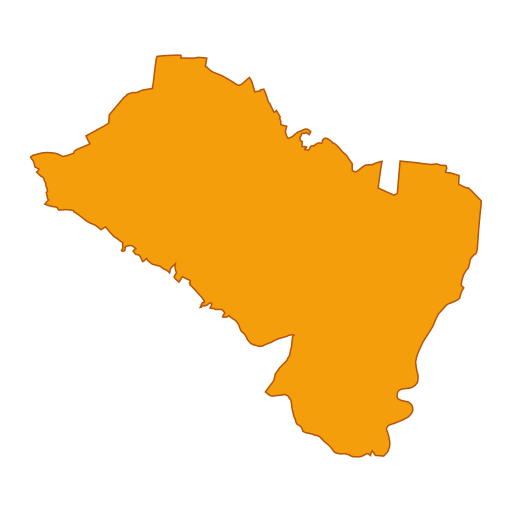 Glodeni, Mures, Romania
{"feature_id": "2599482B49122521196915", "entity_name": "Glodeni", "entity_type": "district", "adm_level": 2, "iso_a3": "ROU", "parent_name": "Romania", "parent_adm1": "Mures", "projection": "orthographic", "projection_center": [24.562, 46.667], "detail": "fine", "context": "isolated", "style": "filled", "palette": "amber", "viewbox_px": 512, "rotation_deg": 0, "n_neighbors": 0, "source": "geoboundaries", "source_scale": "gbopen_adm2", "svg_char_len": 6031}
<svg xmlns="http://www.w3.org/2000/svg" viewBox="0 0 512 512"><path d="M383.7,456.1L387.7,451.7L388.3,450.5L389.4,447.2L389.8,444.9L389.7,441.4L388.8,436.5L387.4,431.8L386.6,429.6L386.5,428.2L387.2,426.9L388.2,425.7L389.9,424.7L394.2,423.4L403.1,419.8L408.4,416.9L411.5,413.4L412.8,410.5L412.7,407.7L411.7,405.0L409.5,402.8L408.1,401.9L401.2,400.4L398.1,398.9L397.0,396.5L397.3,393.4L398.2,391.2L399.5,390.1L401.6,389.1L409.7,388.1L412.3,387.3L415.5,385.0L417.3,382.5L418.0,379.5L418.1,375.6L416.8,370.4L416.2,367.1L415.6,362.0L416.7,356.7L418.7,351.2L423.1,341.7L432.5,327.0L436.3,318.1L438.5,313.9L446.4,305.1L448.1,304.0L455.3,301.1L457.7,299.8L459.6,298.2L460.6,294.6L462.0,290.6L463.8,287.9L461.3,285.3L461.3,284.2L461.8,281.0L463.4,275.2L465.9,270.7L468.3,268.0L469.6,263.3L470.2,259.8L471.2,257.9L474.2,254.6L475.3,254.2L476.1,253.2L476.5,252.5L477.3,248.8L478.7,229.2L480.3,211.5L481.0,205.9L481.3,200.9L471.8,191.1L468.3,187.9L467.8,188.1L466.2,187.7L463.6,186.7L458.8,184.3L458.7,180.2L458.9,179.6L459.1,175.5L449.5,172.6L449.3,173.0L445.4,172.2L446.8,168.3L446.1,165.6L445.4,165.4L441.0,165.3L437.0,163.9L430.7,164.5L422.4,163.6L419.2,163.0L400.1,161.0L397.3,193.4L395.0,194.7L393.8,195.1L378.1,188.0L379.7,176.3L381.5,164.0L382.1,161.3L376.1,162.9L372.1,164.7L366.7,164.9L364.9,165.4L361.3,167.9L357.0,171.3L355.7,172.0L354.9,171.8L352.5,170.7L352.3,170.0L352.2,168.1L352.2,163.7L348.9,159.1L347.5,156.7L346.2,155.1L342.3,151.6L338.6,147.2L336.2,144.9L334.0,143.2L332.6,143.0L332.3,142.7L332.1,142.0L331.2,141.2L329.6,140.0L327.3,138.6L325.3,138.1L324.7,138.3L324.0,138.7L323.4,139.5L322.5,140.1L322.1,142.3L321.7,143.4L319.3,142.9L318.2,143.0L316.9,143.6L316.2,144.2L315.3,144.4L314.8,145.1L314.5,145.8L311.6,145.9L310.9,146.2L310.3,147.0L309.6,148.6L308.7,149.9L307.4,150.1L304.9,149.7L304.8,149.0L305.2,148.4L306.6,147.7L306.5,147.0L305.7,146.6L303.0,146.6L302.1,146.4L302.0,144.8L302.2,143.3L302.2,141.4L301.4,141.4L300.2,139.9L299.9,137.3L300.8,136.3L301.3,135.4L301.5,134.1L302.3,133.4L304.9,133.3L306.2,132.5L307.5,133.5L309.2,134.6L310.8,131.7L310.6,131.4L309.7,130.8L308.8,130.0L307.3,129.2L305.6,129.0L304.7,129.2L301.0,130.9L298.0,132.0L295.0,134.2L293.4,135.8L292.3,136.6L289.4,138.0L288.1,138.3L287.0,136.8L286.1,134.3L285.5,132.5L285.6,130.3L286.8,126.3L280.9,124.8L280.7,120.9L279.6,118.4L280.2,117.0L276.5,110.5L274.3,112.4L273.7,111.9L269.9,103.7L268.5,102.2L265.6,93.2L263.8,89.1L260.3,89.9L260.0,91.0L254.6,91.8L254.2,89.6L251.8,81.6L249.5,77.5L248.6,78.1L241.6,84.3L238.9,85.3L238.1,85.1L237.0,84.7L230.4,80.5L222.2,75.8L213.0,72.1L209.4,69.7L206.9,67.1L205.4,66.3L206.8,58.1L199.1,57.4L197.2,57.5L194.1,58.2L181.0,58.0L181.0,55.3L176.8,55.1L164.5,55.6L157.0,56.4L156.4,58.3L155.3,65.7L153.4,81.7L153.1,84.2L152.5,86.8L152.5,88.4L142.5,90.1L136.8,92.5L135.4,92.7L133.6,92.5L132.9,92.6L129.7,93.4L127.0,94.5L127.0,95.0L123.8,97.6L109.3,114.8L108.7,123.2L103.8,126.2L86.0,135.9L87.9,140.2L89.9,143.7L88.0,144.8L77.7,149.1L76.0,150.0L74.5,151.1L73.7,153.2L70.6,154.4L66.2,155.8L62.7,156.5L58.4,154.2L55.4,153.3L51.5,152.8L47.7,152.5L44.0,152.7L41.3,153.1L33.1,155.2L30.8,156.8L30.7,157.4L31.7,159.0L33.1,160.7L34.0,162.9L34.6,165.6L35.1,167.1L38.9,168.9L38.0,170.8L36.6,172.2L41.1,176.4L42.6,177.0L43.2,177.5L43.9,178.9L44.1,179.9L45.6,183.0L46.0,186.3L46.9,188.2L47.4,190.2L47.5,191.3L46.3,192.5L47.6,198.6L48.6,200.0L46.2,202.4L44.8,204.2L48.5,205.5L52.0,206.5L55.5,206.9L57.2,207.7L58.8,210.1L66.7,209.6L72.7,210.3L73.5,210.7L73.9,211.8L77.8,214.2L86.4,220.9L89.3,222.7L94.7,224.9L96.7,226.2L98.5,227.8L101.0,229.7L105.6,226.9L109.7,232.0L113.8,236.3L115.7,237.8L117.3,238.6L120.5,241.3L122.2,242.2L122.8,243.0L122.6,244.6L122.8,247.3L122.7,248.5L121.5,250.2L121.6,250.8L122.2,251.1L122.9,251.2L124.8,250.7L125.1,248.8L125.0,247.6L125.6,246.8L126.8,246.1L130.4,245.5L132.6,246.0L135.8,248.6L135.2,249.0L133.1,251.1L135.3,253.9L136.0,254.4L138.2,254.8L139.1,255.4L140.2,256.5L142.8,261.6L144.2,260.7L146.5,258.5L147.8,260.5L151.4,263.6L152.6,264.2L155.2,265.0L159.8,266.1L163.9,269.1L166.0,269.9L168.0,271.2L169.6,272.9L170.4,269.1L170.9,268.2L172.6,266.2L174.7,264.7L175.3,263.9L175.1,265.4L175.1,268.2L175.7,270.7L176.5,272.5L174.0,276.9L175.4,278.9L179.0,282.1L182.4,276.6L183.8,277.5L188.1,279.6L189.9,280.2L190.4,280.9L190.4,281.5L189.4,283.0L190.3,283.7L190.4,284.1L189.9,284.9L191.3,286.0L195.3,290.2L201.6,297.2L203.9,300.2L204.5,301.5L204.0,302.4L203.2,302.4L202.3,302.8L201.1,305.1L201.1,305.8L200.2,307.4L201.2,307.3L201.9,306.5L203.8,305.4L204.9,306.0L205.4,305.6L206.5,305.3L209.8,303.1L210.7,302.9L211.5,303.3L211.6,303.9L211.5,305.3L210.0,308.0L212.0,308.5L213.1,308.4L214.1,308.6L215.4,309.4L221.4,309.5L222.5,310.1L224.0,311.7L224.7,312.8L222.9,316.0L222.6,316.9L223.6,317.2L227.0,317.0L227.5,316.8L228.5,315.8L229.2,315.5L230.1,316.9L235.4,320.4L237.3,322.5L238.9,325.3L239.7,327.7L240.8,330.4L242.0,332.0L244.0,333.5L245.2,335.0L246.8,337.9L247.2,339.3L250.8,343.5L254.7,345.2L257.8,345.8L258.6,346.3L259.4,346.4L262.0,346.1L262.9,345.9L264.1,345.1L266.7,344.0L268.8,343.3L269.3,342.8L271.3,342.4L273.4,341.0L278.5,338.7L286.6,336.4L288.3,335.6L291.2,334.8L292.9,334.6L293.9,335.1L293.1,335.7L292.6,336.8L292.0,341.5L291.5,347.0L290.7,349.6L289.6,355.3L287.8,358.2L286.8,360.5L279.8,367.6L275.2,374.1L274.6,377.5L273.5,381.0L265.4,391.9L268.3,394.4L270.1,395.5L272.0,396.1L282.4,395.0L284.6,394.5L285.7,394.7L287.9,395.9L290.5,399.6L291.1,400.8L291.1,401.8L291.4,402.8L291.5,403.5L291.7,404.2L291.8,404.7L291.6,405.3L292.2,409.1L293.7,415.6L293.9,415.5L294.3,417.3L295.4,419.7L296.0,422.3L296.7,423.8L300.3,426.2L301.2,427.1L302.1,428.8L303.0,431.4L304.2,432.0L306.3,432.9L307.7,433.0L312.6,434.2L314.2,435.0L317.6,435.7L319.6,436.6L324.1,441.3L327.7,444.3L330.6,447.1L334.5,452.2L336.1,453.0L340.7,454.0L343.1,453.7L344.8,453.7L346.8,454.1L349.3,455.0L351.0,456.0L353.1,456.7L358.4,456.9L361.2,456.5L363.8,455.3L366.4,453.8L367.4,453.7L368.3,453.9L370.5,455.5L370.6,454.6L371.2,452.5L372.3,450.8L375.4,455.4L383.7,456.1Z" fill="#f59e0b" stroke="#b45309" stroke-width="1.5"/></svg>